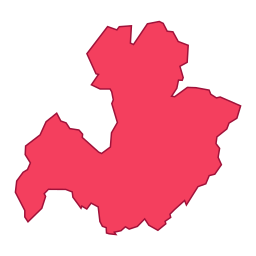 Vasilevo, Vasilevo, North Macedonia
{"feature_id": "65306769B98629679609772", "entity_name": "Vasilevo", "entity_type": "district", "adm_level": 2, "iso_a3": "MKD", "parent_name": "North Macedonia", "parent_adm1": "Vasilevo", "projection": "mercator", "projection_center": [22.637, 41.553], "detail": "fine", "context": "isolated", "style": "filled", "palette": "rose", "viewbox_px": 256, "rotation_deg": 0, "n_neighbors": 0, "source": "geoboundaries", "source_scale": "gbopen_adm2", "svg_char_len": 1343}
<svg xmlns="http://www.w3.org/2000/svg" viewBox="0 0 256 256"><path d="M131.4,25.8L119.3,26.7L116.9,29.9L107.6,26.6L86.9,53.7L96.0,73.8L98.5,74.4L91.4,84.8L100.1,89.0L110.1,89.0L111.7,91.8L113.3,99.8L111.8,103.6L117.4,122.5L111.5,132.8L110.4,147.0L101.6,153.5L98.6,152.1L82.3,137.5L82.6,134.2L78.9,130.0L69.8,128.6L66.1,122.9L60.8,121.0L56.7,113.2L46.1,121.7L40.1,134.9L25.6,146.0L25.2,154.6L30.4,162.9L27.5,169.6L23.1,172.3L16.7,181.0L15.4,192.3L24.8,210.5L24.8,217.0L28.0,221.8L41.8,208.3L45.6,196.4L44.2,193.7L48.4,189.3L65.7,189.4L72.2,191.9L72.9,197.2L81.0,208.2L81.8,206.1L86.8,209.0L91.1,203.1L98.2,206.9L99.9,221.5L102.4,226.3L106.2,227.6L106.5,233.0L109.2,233.8L115.9,234.5L114.3,232.2L121.0,230.7L125.4,226.8L129.2,229.1L137.4,226.4L144.7,218.9L148.8,225.2L157.9,230.3L165.8,223.8L165.1,221.3L170.7,217.4L169.9,214.2L174.6,209.5L184.6,200.5L186.4,205.0L198.0,186.6L205.8,183.8L209.2,175.6L214.8,174.2L221.4,164.7L218.1,157.3L219.6,148.4L216.0,143.6L216.9,136.9L226.8,129.0L229.0,123.1L236.9,118.2L240.6,105.9L220.2,97.0L216.4,97.9L210.8,94.3L209.1,90.1L195.9,87.7L187.4,87.4L174.7,96.7L171.6,96.2L176.8,88.3L178.5,80.1L182.2,80.3L183.2,77.6L179.9,66.3L187.2,62.3L188.2,45.3L178.2,41.5L172.9,31.8L167.2,31.2L163.2,23.4L159.3,21.5L147.4,23.8L133.5,44.5L130.4,43.1L131.4,25.8Z" fill="#f43f5e" stroke="#9f1239" stroke-width="1.5"/></svg>